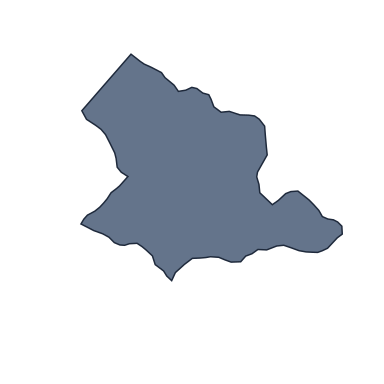 Santa Ernestina, São Paulo, Brazil, rotated 223°
{"feature_id": "56859067B52620744668787", "entity_name": "Santa Ernestina", "entity_type": "district", "adm_level": 2, "iso_a3": "BRA", "parent_name": "Brazil", "parent_adm1": "São Paulo", "projection": "orthographic", "projection_center": [-48.379, -21.446], "detail": "fine", "context": "isolated", "style": "filled", "palette": "slate", "viewbox_px": 384, "rotation_deg": 223, "n_neighbors": 0, "source": "geoboundaries", "source_scale": "gbopen_adm2", "svg_char_len": 1408}
<svg xmlns="http://www.w3.org/2000/svg" viewBox="0 0 384 384"><g transform="rotate(223 192 192)"><path d="M330.6,251.2L328.0,176.3L318.7,173.2L307.8,175.1L301.3,175.8L294.3,175.0L285.2,171.7L275.2,167.9L270.4,164.8L263.6,159.1L257.3,158.2L249.4,159.6L249.1,147.0L249.7,142.1L250.7,136.3L249.4,129.0L249.1,123.8L249.1,118.0L250.0,111.7L252.7,103.8L252.6,98.4L251.4,92.9L237.5,96.8L228.9,100.5L221.9,102.3L214.3,102.0L208.6,104.1L204.9,107.1L202.5,111.5L197.2,117.0L191.3,118.0L185.9,118.3L177.4,118.3L169.4,113.8L158.9,114.9L153.1,113.3L146.4,113.3L149.2,121.7L148.2,133.7L146.5,143.7L140.9,149.4L137.2,153.5L134.4,157.2L127.9,162.5L121.7,164.8L115.6,167.4L108.8,174.2L109.0,181.8L106.0,187.8L104.6,194.9L97.9,200.6L93.2,210.3L88.6,215.6L81.5,218.8L73.7,222.1L67.7,226.0L63.3,229.7L58.9,233.5L56.7,237.8L54.5,243.3L54.5,249.7L54.5,257.6L53.4,263.7L59.1,269.2L65.0,269.4L69.6,268.1L74.2,264.9L79.9,262.9L86.6,265.0L94.2,265.7L101.0,266.0L115.2,264.9L120.0,259.7L122.4,254.7L123.1,244.8L124.6,237.5L141.9,237.7L148.2,243.2L155.0,247.2L157.7,251.3L162.3,270.4L168.4,275.7L177.4,283.8L183.8,289.7L192.5,291.1L198.1,290.3L202.9,286.9L209.5,281.1L219.7,276.4L225.1,270.2L234.1,269.2L241.3,272.8L246.1,274.6L251.6,271.7L259.0,271.0L263.5,268.4L266.0,262.2L270.6,256.3L277.9,257.9L289.8,257.2L295.7,258.5L306.6,255.5L314.3,252.9L319.0,252.2L330.6,251.2Z" fill="#64748b" stroke="#1e293b" stroke-width="1.5"/></g></svg>